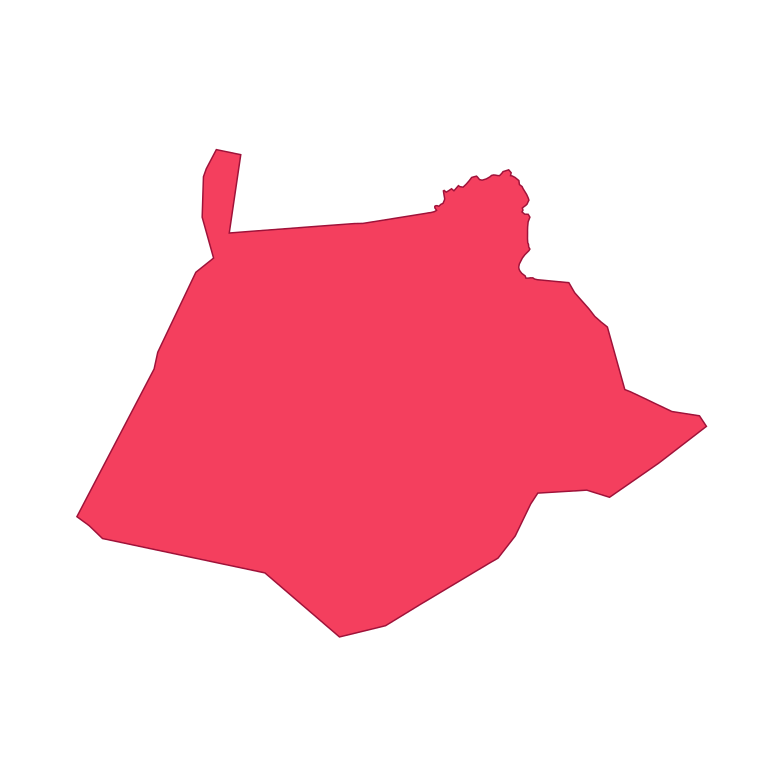 San Miguel Ahuehuetitlán, Oaxaca, Mexico (Albers equal-area conic projection), rotated 175°
{"feature_id": "50627088B72603284023159", "entity_name": "San Miguel Ahuehuetitlán", "entity_type": "district", "adm_level": 2, "iso_a3": "MEX", "parent_name": "Mexico", "parent_adm1": "Oaxaca", "projection": "albers", "projection_center": [-98.356, 17.679], "detail": "fine", "context": "isolated", "style": "filled", "palette": "rose", "viewbox_px": 768, "rotation_deg": 175, "n_neighbors": 0, "source": "geoboundaries", "source_scale": "gbopen_adm2", "svg_char_len": 1884}
<svg xmlns="http://www.w3.org/2000/svg" viewBox="0 0 768 768"><g transform="rotate(175 384 384)"><path d="M450.4,135.9L403.5,143.1L367.4,161.1L295.2,196.1L285.6,200.6L266.5,221.2L248.4,251.6L240.3,261.9L191.3,260.6L169.2,251.5L117.1,281.3L66.5,313.7L72.5,324.8L99.6,331.5L116.1,341.2L121.3,344.3L139.2,354.8L144.2,357.3L144.6,357.5L156.5,421.3L162.5,427.0L165.2,429.9L168.1,432.9L173.3,441.0L186.1,458.3L191.0,468.8L217.0,473.6L222.0,474.5L224.8,475.4L226.5,476.8L227.1,476.8L228.8,477.0L231.2,476.9L233.4,477.1L233.9,479.3L235.2,480.5L237.1,482.2L238.7,484.7L239.4,486.4L239.6,488.7L238.7,491.8L235.2,497.4L232.4,500.5L228.0,504.2L226.9,505.7L227.9,507.8L227.9,510.6L228.5,512.2L228.4,516.1L227.8,522.3L227.6,524.8L227.2,528.1L226.3,532.9L224.1,537.5L225.6,540.5L229.0,540.9L231.5,543.4L230.4,545.1L230.9,547.2L229.5,548.2L227.3,549.5L225.9,550.6L224.6,552.9L223.6,554.5L224.1,556.7L225.4,560.4L226.9,563.4L228.0,565.6L228.5,566.6L229.2,568.6L231.7,570.9L231.9,574.9L235.5,578.4L238.2,580.1L239.8,580.5L238.9,583.4L241.1,586.5L246.9,585.2L248.2,583.7L250.7,581.5L252.4,581.7L254.9,582.4L256.6,582.7L258.7,582.4L260.5,581.1L264.2,579.4L268.5,578.5L271.0,579.3L272.2,581.1L273.0,582.2L273.7,583.0L276.3,582.6L278.7,582.1L281.2,579.3L284.7,575.9L288.1,573.2L291.2,574.0L292.6,575.1L296.2,571.6L297.5,570.4L299.7,572.6L302.6,571.0L305.3,569.7L307.2,571.6L308.0,571.2L307.7,566.7L307.4,563.4L307.7,562.1L309.5,558.8L311.7,558.0L312.8,557.1L313.9,556.3L315.5,557.0L316.8,557.1L317.9,556.6L318.0,555.0L317.0,553.4L316.5,552.4L318.8,551.3L322.4,550.7L325.2,550.6L326.9,550.4L391.3,545.8L392.2,545.9L399.4,546.4L435.3,546.9L503.2,547.7L525.0,547.9L510.4,609.4L506.7,624.9L530.6,632.1L542.3,613.9L545.8,606.2L550.6,566.0L542.8,524.3L561.7,511.7L606.6,435.4L611.7,419.0L701.5,278.6L690.2,268.7L677.9,254.6L519.1,206.2L450.4,135.9Z" fill="#f43f5e" stroke="#9f1239" stroke-width="1.5"/></g></svg>